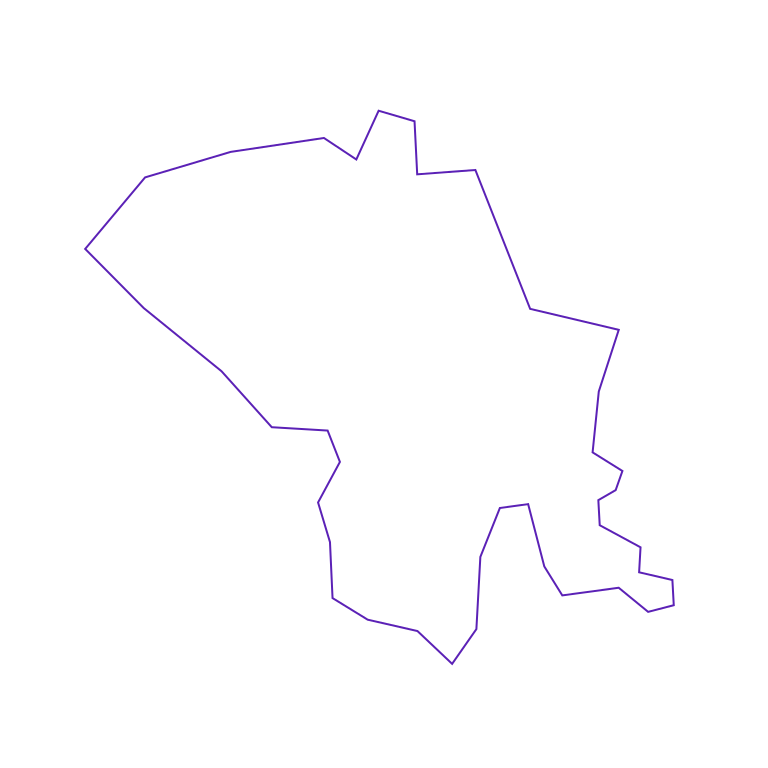 Yangibazar, Khorezm, Uzbekistan (Equal Earth projection), rotated 6°
{"feature_id": "79887680B22803301231900", "entity_name": "Yangibazar", "entity_type": "district", "adm_level": 2, "iso_a3": "UZB", "parent_name": "Uzbekistan", "parent_adm1": "Khorezm", "projection": "equal_earth", "projection_center": [60.467, 41.675], "detail": "fine", "context": "isolated", "style": "outline", "palette": "violet", "viewbox_px": 768, "rotation_deg": 6, "n_neighbors": 0, "source": "geoboundaries", "source_scale": "gbopen_adm2", "svg_char_len": 655}
<svg xmlns="http://www.w3.org/2000/svg" viewBox="0 0 768 768"><g transform="rotate(6 384 384)"><path d="M355.2,602.3L392.4,620.1L443.1,626.2L481.0,655.2L501.5,618.1L497.9,545.9L512.2,495.2L539.9,488.4L562.5,548.7L583.4,575.6L638.7,562.1L670.5,583.0L695.3,573.7L691.3,548.8L657.4,544.6L656.2,519.6L613.3,501.9L609.3,477.1L625.5,465.3L630.2,445.6L598.6,430.2L598.4,369.0L611.8,305.6L521.5,294.0L452.5,161.6L395.1,172.0L386.9,119.5L350.1,112.8L333.0,163.6L298.5,145.6L207.2,169.2L124.8,203.5L72.7,280.9L137.1,333.6L221.1,388.3L276.9,438.7L332.8,436.2L348.3,466.1L330.8,508.7L346.8,546.9L355.2,602.3Z" fill="none" stroke="#5b21b6" stroke-width="2"/></g></svg>